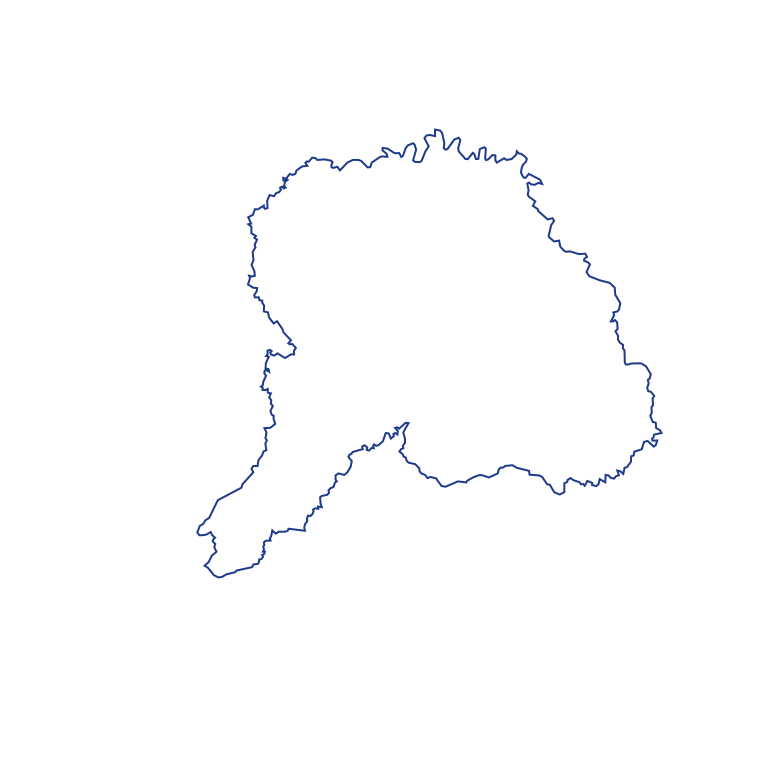 outline of Doverlândia, Goiás, Brazil, rotated 50°
{"feature_id": "56859067B97324258200448", "entity_name": "Doverlândia", "entity_type": "district", "adm_level": 2, "iso_a3": "BRA", "parent_name": "Brazil", "parent_adm1": "Goiás", "projection": "albers", "projection_center": [-52.503, -16.899], "detail": "fine", "context": "isolated", "style": "outline", "palette": "blue", "viewbox_px": 768, "rotation_deg": 50, "n_neighbors": 0, "source": "geoboundaries", "source_scale": "gbopen_adm2", "svg_char_len": 6166}
<svg xmlns="http://www.w3.org/2000/svg" viewBox="0 0 768 768"><g transform="rotate(50 384 384)"><path d="M163.8,300.3L164.2,302.2L167.6,302.4L164.6,307.1L164.2,313.9L166.0,316.7L165.1,319.6L162.5,321.2L163.8,327.0L165.7,326.6L165.4,329.7L168.0,333.2L170.3,333.1L169.7,335.1L167.2,335.3L166.9,337.6L169.0,338.0L169.6,341.3L168.4,343.7L169.4,347.6L165.7,350.2L168.5,355.7L174.3,360.1L173.6,362.4L171.8,362.6L170.1,361.4L169.1,368.5L167.1,370.5L170.1,375.7L169.0,380.8L175.7,382.7L174.5,385.2L178.3,384.5L183.3,388.7L188.3,387.0L188.6,389.3L191.8,388.5L194.3,393.7L196.6,394.5L198.5,399.8L205.4,404.5L207.6,408.9L214.6,410.9L218.1,413.5L217.1,415.7L214.3,417.7L216.8,418.6L220.3,424.2L226.2,422.3L229.0,419.5L231.1,421.9L232.6,426.5L234.7,427.2L237.1,424.2L239.7,425.5L241.9,423.7L243.4,425.0L246.8,425.4L251.2,429.4L254.6,426.8L259.0,429.3L266.7,429.6L267.1,425.6L276.7,426.5L279.9,427.8L290.8,427.2L291.2,431.1L293.1,430.7L294.2,428.6L299.7,428.3L300.8,431.7L303.5,433.9L301.5,436.3L300.5,443.1L292.1,445.9L291.7,449.8L289.0,451.5L286.7,450.9L286.5,448.9L284.4,449.6L283.6,451.9L286.4,454.0L286.8,456.3L289.0,454.7L292.1,461.1L296.0,464.8L298.3,462.9L300.8,464.1L298.0,465.1L297.1,466.9L298.8,468.8L301.9,469.1L304.6,474.9L307.0,477.6L306.9,479.9L308.8,479.2L310.4,480.9L312.5,478.6L313.0,476.3L316.1,478.6L318.4,476.7L320.6,480.7L323.9,480.7L326.2,483.3L329.4,483.3L331.7,488.4L335.3,489.7L337.6,489.0L339.4,490.8L344.6,493.0L344.5,499.2L341.0,503.9L345.6,505.2L349.4,509.7L351.8,509.9L353.2,513.0L359.1,516.8L358.2,519.5L360.4,523.4L361.7,529.2L365.6,533.6L362.8,536.8L363.7,539.9L367.6,540.9L369.9,557.1L371.8,559.8L366.2,586.0L374.2,604.0L373.6,608.4L375.0,612.6L374.3,616.3L377.7,622.4L381.1,622.7L382.6,621.0L385.1,617.1L386.0,612.0L389.5,612.8L393.2,612.2L393.3,614.7L394.5,616.4L398.0,616.1L400.0,619.0L404.8,620.1L404.8,626.1L407.7,632.8L407.9,638.2L411.8,637.0L421.1,637.2L425.7,635.2L427.6,632.3L428.6,626.8L432.5,619.1L432.1,616.9L439.5,602.8L438.3,600.0L440.7,596.3L440.0,594.1L438.2,592.4L439.3,590.4L438.6,587.7L436.7,587.3L437.2,585.0L435.9,583.1L434.6,584.5L433.7,582.3L431.1,581.2L430.4,579.2L428.2,577.9L428.0,575.5L431.0,571.5L428.8,570.7L428.2,568.4L424.4,563.7L429.0,563.1L429.6,559.3L433.5,554.9L434.6,552.1L433.5,550.2L445.6,538.9L442.8,537.4L440.6,534.7L439.8,531.0L437.5,529.4L436.0,526.8L437.8,525.2L437.7,522.6L436.3,519.8L434.6,519.2L435.0,516.7L437.3,514.5L435.4,513.3L438.4,510.8L435.2,509.7L429.7,505.8L429.8,503.6L432.4,498.6L432.1,496.1L429.8,494.9L429.4,492.1L430.4,489.0L427.9,484.7L428.3,482.8L426.3,482.6L422.9,479.9L423.3,476.3L428.1,472.9L428.2,469.1L426.0,462.8L422.3,458.2L417.0,458.2L416.0,455.8L416.6,454.0L415.9,451.7L420.2,442.2L417.9,441.0L418.5,438.2L421.8,437.6L423.3,439.6L425.3,438.4L425.1,434.4L426.6,433.1L424.4,432.2L423.9,430.4L426.3,429.8L427.3,427.4L427.2,421.7L422.7,414.2L424.9,412.1L430.2,413.8L430.2,409.9L428.4,409.0L428.7,407.0L431.3,406.2L428.8,403.6L424.8,403.7L425.6,401.7L427.9,401.1L427.6,392.5L429.7,390.3L433.4,400.3L439.2,403.0L442.7,405.8L443.4,409.2L445.6,410.4L444.9,413.0L445.6,415.6L449.9,414.8L452.1,415.6L454.5,414.6L457.0,415.9L460.0,415.8L465.4,411.6L471.4,411.2L473.8,412.9L476.4,412.9L480.0,411.0L484.1,411.1L484.9,408.4L489.6,404.8L499.0,405.5L502.2,403.0L506.1,390.0L512.2,384.3L511.6,382.4L512.8,375.9L514.8,370.0L516.4,367.9L523.1,363.6L525.6,354.3L523.1,350.8L523.1,348.2L524.5,346.7L524.7,343.8L528.8,337.8L533.6,336.1L543.8,328.7L547.0,330.8L553.9,323.8L556.9,322.6L565.6,323.5L567.8,321.7L576.3,323.2L581.6,320.4L582.8,315.4L576.0,309.7L576.8,306.5L575.5,305.1L576.0,301.5L579.7,300.6L584.8,297.4L587.4,297.6L588.4,295.8L591.0,295.6L589.0,290.5L593.7,288.1L595.1,289.5L598.7,287.1L598.6,284.0L595.5,279.9L601.5,277.7L596.1,272.6L598.4,270.8L601.7,270.6L604.4,268.5L603.8,265.7L604.8,262.7L600.3,260.9L602.9,259.0L606.7,258.5L602.9,253.7L603.8,251.1L602.3,244.8L598.3,241.2L599.2,238.6L596.7,235.9L599.7,228.4L595.5,222.1L597.0,218.7L605.3,217.6L605.5,215.0L602.9,211.0L599.9,214.7L598.2,213.9L598.2,212.0L596.4,209.6L599.9,202.9L597.0,202.3L592.6,203.8L588.3,200.7L585.9,202.5L579.5,200.5L578.1,197.3L573.7,194.1L573.2,191.6L567.8,187.6L566.8,184.6L561.4,184.6L559.4,186.2L555.9,184.7L554.0,181.2L550.4,179.1L550.5,176.8L547.9,173.3L538.8,171.9L533.4,173.8L527.3,181.3L525.8,184.8L524.4,186.2L522.4,185.8L512.9,178.2L510.1,178.0L507.7,175.7L504.1,176.8L500.0,176.0L497.6,173.7L492.4,172.8L492.0,169.7L486.7,165.8L483.4,166.0L483.2,168.3L481.9,170.0L479.4,163.6L476.6,162.3L478.4,158.6L478.1,156.2L473.9,151.0L464.3,149.5L458.5,145.3L451.6,146.1L443.0,152.2L433.5,157.4L428.4,156.9L424.7,149.3L422.0,149.5L418.2,151.5L416.9,150.1L417.0,146.7L413.5,146.1L409.8,151.2L402.0,156.2L400.0,159.3L397.4,160.5L392.1,160.7L386.7,157.7L384.1,162.1L378.1,163.1L376.4,162.7L369.8,153.8L368.3,148.8L365.3,148.4L363.2,152.8L350.6,154.7L348.9,153.8L343.2,155.4L341.3,150.7L333.6,152.6L331.4,152.2L328.5,148.7L322.5,145.3L323.2,143.2L325.7,143.0L328.4,140.3L329.0,136.7L332.4,134.3L327.6,133.2L316.1,138.0L317.1,143.1L315.4,144.4L310.1,143.2L306.7,139.3L305.3,136.3L305.0,132.3L303.3,129.8L300.2,129.9L295.9,131.0L294.1,132.5L291.1,132.7L293.2,135.0L293.7,141.7L291.2,146.1L288.3,146.9L286.9,155.3L284.3,154.9L280.5,151.8L278.3,153.8L278.9,159.8L278.1,161.9L276.1,161.5L269.3,154.7L267.1,155.0L265.6,159.5L272.2,167.1L270.7,169.0L265.8,167.0L264.0,167.4L265.6,175.3L263.9,177.0L253.7,177.2L251.0,175.6L246.3,168.8L243.4,168.5L241.9,172.9L244.8,184.4L244.1,186.2L241.7,186.6L238.3,183.0L229.1,178.1L225.7,178.2L221.9,181.4L226.9,185.5L222.5,189.0L220.9,191.9L221.7,195.0L230.7,197.0L232.4,202.7L237.4,212.1L236.7,214.3L233.7,217.6L231.3,217.9L225.1,208.7L220.4,206.7L218.2,207.0L216.6,212.2L217.3,215.9L221.4,222.8L221.1,224.9L216.9,223.9L214.1,227.5L206.1,229.9L202.3,233.3L204.1,235.0L209.3,234.0L212.1,235.4L208.2,239.4L207.5,241.3L206.5,251.0L209.0,255.2L207.6,257.3L198.4,258.1L195.8,259.7L192.3,263.9L190.8,269.7L192.1,280.4L187.6,280.1L185.9,283.9L184.2,284.8L182.3,283.5L181.0,280.8L178.7,281.1L173.7,285.2L169.5,291.1L166.9,291.3L164.5,293.4L165.3,298.9L163.8,300.3ZM165.4,329.7L163.8,327.0L161.3,328.7L163.3,330.1L165.4,329.7Z" fill="none" stroke="#1e3a8a" stroke-width="2"/></g></svg>